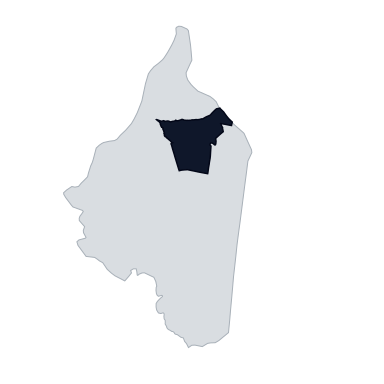 Deir-ez-Zor, Dayr Az Zawr, Syria shown in context, rotated 311°
{"feature_id": "27442178B9541206135539", "entity_name": "Deir-ez-Zor", "entity_type": "district", "adm_level": 2, "iso_a3": "SYR", "parent_name": "Syria", "parent_adm1": "Dayr Az Zawr", "projection": "equal_earth", "projection_center": [40.368, 35.564], "detail": "fine", "context": "in_parent", "style": "filled", "palette": "ink", "viewbox_px": 384, "rotation_deg": 311, "n_neighbors": 0, "source": "geoboundaries", "source_scale": "gbopen_adm2", "svg_char_len": 5277}
<svg xmlns="http://www.w3.org/2000/svg" viewBox="0 0 384 384"><g transform="rotate(311 192 192)"><path d="M78.9,137.8L81.6,138.1L87.3,141.9L88.2,141.8L90.1,136.8L91.8,135.1L95.4,133.7L96.5,125.7L98.2,124.1L100.2,123.3L103.3,123.1L106.0,122.7L106.2,121.3L102.6,112.0L102.9,109.7L104.9,100.4L106.1,96.8L107.2,95.6L111.4,96.1L117.3,97.7L118.8,100.4L121.7,102.7L126.1,102.6L131.1,103.0L135.0,103.2L138.2,101.5L145.3,98.4L148.8,97.4L152.0,96.0L162.3,90.9L166.4,91.3L169.2,92.0L171.3,92.8L176.1,96.3L180.0,99.8L182.8,100.8L187.8,100.7L195.1,101.4L204.0,101.4L209.2,100.4L215.9,98.7L227.7,94.5L243.3,85.8L252.5,81.6L256.4,81.1L261.5,81.1L266.7,82.2L272.5,83.0L275.2,82.9L281.5,82.0L289.6,80.3L294.8,78.9L301.0,76.5L304.8,72.6L306.0,72.2L307.6,72.9L308.4,73.2L310.0,75.4L311.7,81.1L311.7,81.8L311.4,83.4L307.4,88.1L301.9,94.5L298.0,98.6L291.4,105.4L286.4,106.8L278.1,109.3L275.8,111.7L273.7,115.5L272.5,120.8L272.2,124.1L272.0,130.3L274.0,136.7L275.9,142.9L276.2,147.0L276.0,151.0L274.2,155.3L272.2,161.2L271.1,167.9L270.5,180.4L270.5,191.1L270.4,192.8L266.9,200.4L262.9,209.2L261.0,211.3L252.0,213.9L242.3,220.4L231.4,227.6L221.5,234.2L211.0,241.2L200.2,248.4L192.4,253.5L182.0,260.4L172.6,267.0L162.9,273.7L155.6,278.7L144.5,286.8L138.0,291.5L128.4,298.4L119.9,304.6L109.8,311.8L97.4,309.7L93.5,308.4L90.3,305.0L88.0,303.1L82.1,301.2L78.4,294.7L76.2,292.4L72.3,291.4L74.0,287.3L74.4,284.5L76.2,281.2L75.1,279.0L74.7,274.4L74.0,273.2L73.7,272.0L74.3,270.5L74.1,269.0L73.5,268.3L73.2,266.0L72.7,264.3L73.0,262.2L73.9,260.9L74.8,258.3L75.9,257.5L77.6,255.9L78.0,254.2L79.6,252.5L81.6,251.1L82.0,250.1L81.8,249.4L79.8,248.2L78.7,246.0L79.7,242.9L80.4,241.9L81.6,240.4L84.3,238.1L86.5,237.7L88.3,237.7L91.3,237.9L93.7,238.3L94.3,237.7L94.2,237.0L91.3,235.1L91.2,233.6L91.9,231.9L94.1,229.4L96.6,227.5L97.8,227.2L100.7,223.4L102.6,219.2L99.8,209.1L98.1,207.4L95.2,206.0L93.5,205.8L93.4,205.1L95.7,202.6L97.4,200.3L95.6,198.2L92.5,197.2L91.2,199.4L87.1,199.6L80.8,199.6L78.2,188.8L77.9,184.2L78.0,178.8L80.1,171.0L79.3,167.3L79.2,164.9L78.8,161.5L73.9,154.3L76.9,141.0L78.9,137.8Z" fill="#d9dde1" stroke="#a8b0b8" stroke-width="1"/><path d="M216.1,191.8L216.5,191.6L217.3,191.1L219.9,189.4L221.1,188.6L224.4,186.6L225.4,185.9L228.9,183.8L231.1,182.3L232.4,181.3L234.6,179.6L237.5,177.4L238.4,176.7L239.1,176.2L239.2,175.8L239.2,175.0L239.7,174.3L240.6,174.1L241.3,173.9L241.8,174.3L241.8,174.5L242.0,174.7L242.0,174.8L242.0,175.0L242.2,175.3L242.3,175.4L242.3,175.5L242.4,175.8L242.4,177.4L242.4,178.1L242.5,178.2L242.5,178.3L242.6,178.5L242.8,178.6L243.0,178.7L243.3,178.6L243.4,178.4L243.5,178.4L243.7,178.2L243.8,178.2L243.9,178.3L244.0,178.3L246.1,176.8L247.9,174.7L248.4,174.7L249.0,174.8L249.3,174.8L250.0,174.9L251.0,175.0L252.8,175.2L255.0,175.5L256.9,175.8L258.0,176.0L258.4,175.5L258.7,175.1L259.3,174.3L259.8,173.6L260.3,173.1L260.8,172.7L260.8,172.4L260.9,172.1L261.0,171.9L261.2,171.5L261.4,170.9L261.5,170.5L261.6,170.3L261.8,170.0L262.0,169.6L262.2,169.3L262.3,169.1L262.4,168.7L262.5,168.7L263.3,170.1L264.9,172.7L266.4,175.3L266.9,176.2L268.1,178.2L268.8,177.8L270.1,177.1L271.2,176.5L271.2,175.4L271.4,171.9L271.5,171.1L271.7,169.8L272.0,168.2L272.3,166.9L273.0,164.0L273.2,163.2L273.2,162.5L273.4,158.9L273.4,158.4L273.6,158.0L273.2,157.7L270.8,155.9L268.6,155.6L267.2,155.5L265.8,155.4L264.1,155.3L263.6,155.3L262.2,155.4L260.6,154.7L259.8,154.3L258.2,153.5L256.3,152.8L255.9,152.7L254.8,152.3L254.2,152.1L254.0,151.9L253.6,151.6L253.5,151.3L253.2,151.0L252.6,150.7L252.1,150.4L250.9,149.4L250.5,149.0L250.1,148.6L249.9,148.4L249.4,147.6L247.9,146.3L247.0,145.4L246.7,145.0L246.5,144.7L246.0,144.4L245.5,144.1L245.2,143.9L244.6,143.2L244.2,142.8L243.5,142.0L243.2,141.6L242.4,140.8L242.2,140.4L241.7,139.8L241.3,139.4L241.1,138.8L240.9,138.3L240.8,138.0L240.6,137.4L240.2,136.8L239.6,136.4L238.7,136.1L238.4,135.8L237.7,135.4L237.4,135.2L236.8,134.8L236.4,134.6L236.1,134.1L235.7,133.6L235.6,132.8L235.5,132.6L234.7,132.5L234.3,132.4L233.8,132.1L233.0,131.4L232.6,131.0L232.2,130.7L231.5,130.3L231.0,129.9L230.7,129.7L230.4,128.7L230.3,128.1L229.8,127.3L229.5,126.9L229.1,126.6L228.3,125.9L227.9,125.6L227.3,125.1L227.5,124.7L227.2,123.8L226.7,123.5L225.5,122.7L225.1,122.1L223.5,117.8L223.3,117.7L223.3,119.2L223.5,121.0L223.3,121.9L223.3,122.1L223.3,122.4L223.1,122.6L223.1,122.9L222.9,123.1L222.8,123.6L222.6,123.7L222.4,123.7L222.2,123.8L221.8,124.8L221.4,125.3L221.4,125.6L221.2,126.1L221.1,126.3L220.9,126.6L221.0,126.8L221.2,127.2L221.3,127.3L221.4,127.6L221.3,127.8L221.2,128.1L220.9,128.5L220.5,128.6L220.2,129.2L219.9,129.7L219.9,129.9L219.8,130.2L219.7,130.5L219.3,130.8L219.2,131.4L219.0,131.5L218.9,131.6L218.7,131.8L218.6,132.1L218.4,132.2L218.2,132.3L217.9,132.3L217.8,132.5L217.7,132.9L217.8,133.1L217.5,133.3L217.2,133.4L217.1,133.7L216.9,133.8L216.8,134.1L216.4,134.3L216.2,135.3L216.5,136.0L216.3,137.2L216.4,142.1L216.1,144.5L216.2,144.8L215.7,144.5L214.7,144.5L214.5,144.8L214.2,145.2L214.1,145.6L213.9,145.9L213.4,146.7L213.1,147.1L212.6,147.9L211.9,148.9L208.4,154.5L207.9,155.2L200.5,167.0L199.7,168.4L201.6,169.7L201.9,170.0L203.7,171.7L204.2,172.2L204.8,172.9L205.1,173.1L205.9,173.9L207.7,177.2L209.5,180.3L210.1,181.5L210.5,182.1L211.1,183.3L211.6,184.1L212.5,185.7L216.1,191.8Z" fill="#0f172a" stroke="#020617" stroke-width="1.5"/></g></svg>